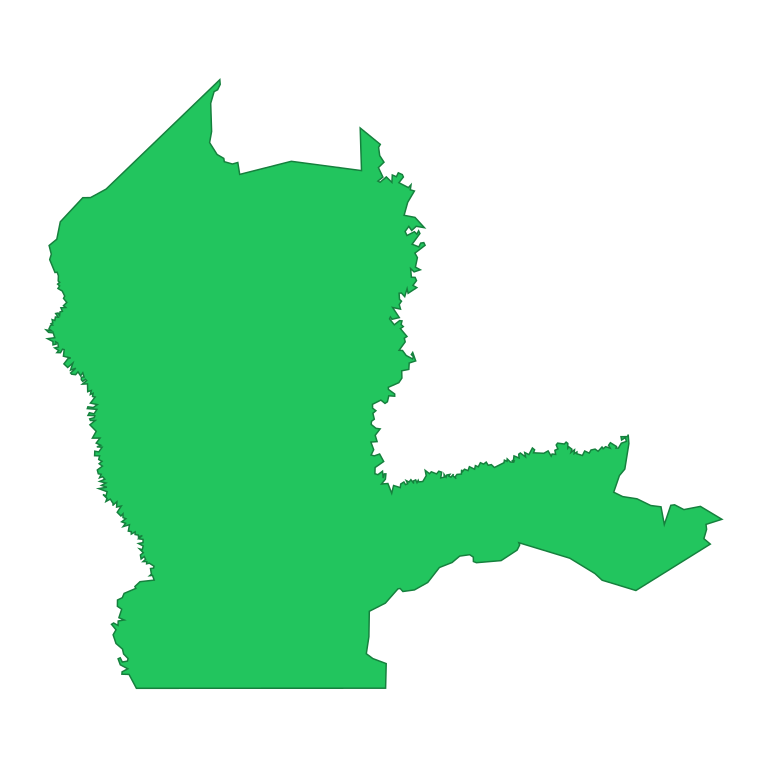 El Paso, Cesar, Colombia
{"feature_id": "7082276B67195884922096", "entity_name": "El Paso", "entity_type": "district", "adm_level": 2, "iso_a3": "COL", "parent_name": "Colombia", "parent_adm1": "Cesar", "projection": "mercator", "projection_center": [-73.703, 9.704], "detail": "fine", "context": "isolated", "style": "filled", "palette": "green", "viewbox_px": 768, "rotation_deg": 0, "n_neighbors": 0, "source": "geoboundaries", "source_scale": "gbopen_adm2", "svg_char_len": 6016}
<svg xmlns="http://www.w3.org/2000/svg" viewBox="0 0 768 768"><path d="M408.1,293.3L416.8,287.6L412.9,285.4L416.5,280.6L415.1,277.4L411.4,277.2L410.6,268.6L414.1,271.9L420.3,269.8L415.4,267.1L417.4,257.6L414.9,253.1L425.1,245.3L423.8,242.6L420.7,243.1L418.8,246.9L412.1,244.2L419.9,233.5L418.6,230.8L416.8,234.1L414.4,231.7L407.0,235.5L405.1,231.5L408.8,226.4L411.7,230.5L416.2,226.3L424.4,227.7L415.0,217.4L404.1,215.3L407.7,202.3L414.4,191.0L410.3,189.8L411.0,184.8L408.4,187.6L398.9,182.7L403.4,177.0L402.3,174.6L398.3,172.8L396.4,176.7L392.3,175.0L391.9,182.4L386.3,176.9L380.1,182.3L377.9,181.1L382.9,177.1L378.4,167.6L384.0,162.2L379.7,155.6L378.6,147.3L380.3,144.4L360.2,128.0L361.5,170.6L291.3,161.3L239.7,174.4L237.8,162.5L232.4,164.0L224.3,161.7L223.8,158.4L217.1,154.5L209.6,142.6L211.6,131.5L210.7,103.3L214.1,91.6L217.6,89.8L220.2,84.4L219.8,79.7L106.1,189.1L90.5,197.6L82.8,197.7L60.3,221.8L56.8,239.2L49.1,245.5L51.3,254.2L49.7,259.6L55.0,272.5L57.1,272.2L58.4,275.7L58.2,281.0L59.7,282.3L57.6,284.1L59.6,285.9L57.9,288.5L62.2,291.0L64.7,296.1L63.5,298.4L66.8,302.4L63.5,305.6L65.7,307.5L60.9,307.8L62.4,311.3L60.0,311.9L59.6,315.3L58.1,313.0L55.7,313.5L58.2,317.2L55.4,317.0L54.8,320.5L52.1,319.6L52.8,323.0L51.1,323.6L52.6,325.0L50.6,325.3L49.0,328.8L51.5,330.8L46.1,329.9L48.6,332.4L53.2,332.9L54.8,337.7L47.5,338.7L52.9,341.5L53.0,344.9L56.2,344.1L55.7,341.8L57.7,342.9L58.5,347.0L54.7,347.9L58.7,350.5L56.9,352.6L60.5,352.7L62.5,349.2L64.2,349.6L63.4,356.2L70.8,358.0L68.0,358.6L63.9,363.9L67.7,367.5L72.9,363.0L70.5,370.1L75.8,368.2L70.6,373.0L71.7,374.2L75.6,374.7L78.0,371.9L80.6,375.8L82.8,372.8L84.1,377.0L81.4,377.2L81.3,379.7L82.7,381.4L85.4,379.3L86.7,380.6L82.4,384.1L87.5,383.9L87.7,391.7L91.3,390.5L90.3,394.5L93.1,393.3L92.5,396.5L95.1,397.0L90.4,403.1L97.3,404.6L93.3,407.5L87.9,406.8L87.3,408.6L96.9,409.4L94.1,413.8L89.4,412.7L88.0,415.4L94.8,415.7L94.3,417.6L89.7,418.9L90.4,420.5L95.2,420.5L89.9,424.8L96.2,431.3L92.4,438.1L100.0,438.1L96.2,443.1L100.7,445.2L96.9,446.9L102.1,447.2L98.8,451.9L94.8,451.2L94.6,455.7L99.6,455.9L98.7,459.5L102.0,461.3L99.1,463.7L102.4,466.1L97.3,470.0L98.3,473.8L101.2,474.3L99.5,477.8L102.6,476.7L104.8,479.2L99.7,481.4L105.9,483.0L101.4,485.4L106.9,487.2L98.7,488.6L107.1,491.7L106.1,495.8L103.0,494.5L107.0,498.4L105.9,501.5L110.3,499.1L113.4,504.0L112.6,505.5L116.9,501.8L116.6,507.1L121.3,506.0L117.2,512.3L120.9,516.0L123.0,513.8L123.0,517.6L125.8,518.7L121.6,521.8L125.6,523.3L123.1,526.6L129.5,524.7L128.3,531.1L131.2,531.6L131.3,534.1L135.1,531.9L135.1,534.5L138.3,535.1L138.5,537.0L142.3,535.5L138.5,538.8L143.1,539.4L143.0,542.6L138.5,543.5L143.2,546.0L142.3,549.6L139.5,548.9L143.3,552.7L140.4,555.0L141.1,559.0L144.2,556.6L145.6,559.3L143.0,561.6L146.8,561.6L146.6,563.8L149.4,563.2L154.0,566.2L153.6,568.1L150.5,568.5L151.4,574.2L149.7,575.7L152.5,575.4L154.2,580.1L140.0,581.7L134.9,586.5L135.8,588.4L124.1,593.4L122.3,597.7L117.5,600.0L117.4,606.3L121.7,609.2L118.9,617.7L124.2,620.0L118.2,621.0L118.0,625.4L113.6,623.0L111.5,624.3L116.0,629.8L113.1,634.8L116.0,643.5L122.5,649.1L123.6,654.0L128.1,658.6L127.4,661.1L122.3,662.0L120.2,657.8L118.1,658.8L120.3,664.8L127.8,668.8L122.1,671.8L121.9,674.2L129.0,674.4L136.4,688.3L385.6,688.2L386.2,663.6L372.9,658.6L366.3,653.7L368.9,636.7L369.3,611.3L385.4,603.1L398.0,588.8L400.2,588.5L402.9,591.5L414.5,589.9L427.8,582.4L439.4,567.5L452.1,562.5L459.7,556.1L469.7,554.7L473.3,557.1L473.4,561.5L476.4,562.7L501.1,560.6L517.1,550.1L519.7,544.9L518.8,542.7L569.8,558.2L595.0,573.6L602.1,580.2L635.9,590.5L710.3,544.1L703.9,538.7L706.6,529.3L706.0,524.4L721.9,519.3L700.4,506.4L683.9,509.6L674.6,504.8L670.8,505.3L664.3,524.5L661.0,506.8L650.7,505.5L637.0,498.8L622.7,496.6L613.7,492.2L619.4,475.6L624.8,469.1L628.9,443.5L628.2,434.6L627.6,436.6L621.0,436.7L621.6,440.0L625.4,437.6L626.4,441.4L621.3,443.2L618.4,448.1L616.0,448.1L616.5,446.5L610.4,442.7L608.6,445.3L610.2,448.2L605.6,446.7L603.1,448.7L602.0,447.0L598.1,451.3L595.1,449.1L591.0,450.0L589.2,453.1L584.7,451.0L582.4,455.5L576.9,453.8L576.9,452.0L574.1,453.7L574.5,449.8L570.9,452.5L571.9,449.2L568.9,446.9L567.8,448.2L567.8,443.4L566.1,442.1L564.3,444.0L557.6,443.1L556.2,445.0L557.9,448.9L554.9,450.3L555.6,454.4L552.1,454.0L551.2,456.1L548.1,450.9L543.8,453.3L533.5,452.8L534.6,449.8L532.4,448.0L528.9,454.6L524.7,452.5L525.5,456.9L520.3,453.0L518.7,454.2L519.1,458.0L514.0,455.9L513.5,460.1L511.7,460.9L514.2,460.9L513.7,462.2L510.5,462.1L507.2,458.9L507.0,461.3L504.4,460.2L504.0,462.7L494.4,467.5L491.3,464.6L488.2,465.3L486.2,462.1L483.6,464.1L480.4,462.7L478.3,466.8L475.4,465.6L474.6,469.2L469.4,466.7L468.0,470.6L464.5,469.2L462.2,471.9L461.6,469.7L461.4,474.1L457.0,474.4L454.8,477.3L456.3,478.7L452.8,475.6L453.5,474.1L450.9,477.2L448.8,476.1L449.9,474.4L446.8,475.0L446.0,477.2L444.1,474.4L444.2,477.2L440.7,477.9L441.7,472.2L438.8,471.2L436.6,473.9L431.3,471.8L429.5,473.7L425.2,470.4L426.2,475.7L422.8,481.5L418.8,481.9L418.2,480.3L417.0,482.7L415.7,479.9L412.9,481.2L413.8,483.5L410.9,479.7L409.1,482.0L406.2,480.6L407.7,483.7L405.5,484.6L403.9,482.0L400.7,484.0L400.3,487.6L393.6,485.5L391.7,493.3L387.9,483.5L381.5,484.0L385.4,479.2L385.9,473.9L384.3,473.9L383.1,478.1L382.5,471.2L377.9,474.7L374.9,473.7L375.1,467.5L383.7,461.5L379.6,454.0L374.2,455.9L371.1,455.0L373.7,449.7L370.9,442.1L377.1,441.6L375.2,435.3L380.1,428.9L375.9,428.3L371.2,424.4L371.5,421.3L374.3,419.2L372.9,413.3L375.9,410.7L372.6,408.2L372.5,404.3L380.9,400.1L385.0,403.4L387.4,401.8L388.8,395.8L394.7,396.2L394.7,394.0L388.4,389.4L388.3,387.3L398.8,382.7L401.9,378.1L401.7,370.8L408.8,369.4L409.2,363.0L415.7,360.9L412.7,352.5L411.3,354.6L413.5,356.7L412.5,358.9L406.2,355.5L402.5,350.5L399.1,350.3L405.2,341.9L404.3,338.2L407.0,336.5L400.4,328.6L403.3,326.6L401.1,324.5L402.0,320.9L399.6,320.6L394.3,324.8L389.5,318.9L390.4,317.0L392.0,319.3L399.3,317.6L392.6,307.5L400.5,309.1L399.2,304.5L401.5,301.2L399.5,299.3L399.1,293.2L401.4,293.0L404.7,296.6L407.1,288.7L408.1,293.3Z" fill="#22c55e" stroke="#15803d" stroke-width="1.5"/></svg>